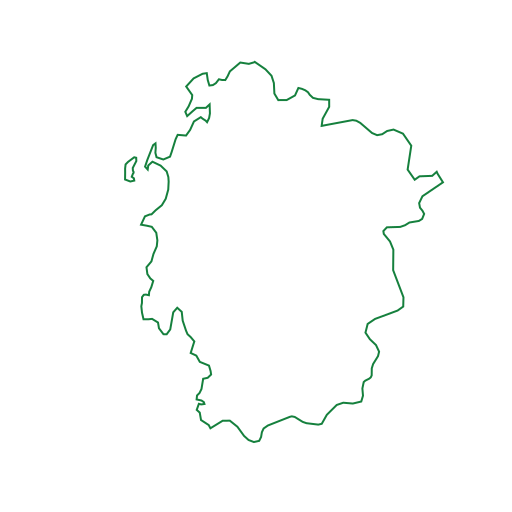 map outline of Var (Mercator projection), rotated 115°
{"feature_id": "FRA-5351", "entity_name": "Var", "entity_type": "Metropolitan department", "adm_level": 1, "iso_a3": "FRA", "parent_name": "France", "parent_adm1": "", "projection": "mercator", "projection_center": [6.264, 43.397], "detail": "fine", "context": "isolated", "style": "outline", "palette": "green", "viewbox_px": 512, "rotation_deg": 115, "n_neighbors": 0, "source": "natural_earth", "source_scale": "10m", "svg_char_len": 2958}
<svg xmlns="http://www.w3.org/2000/svg" viewBox="0 0 512 512"><g transform="rotate(115 256 256)"><path d="M431.4,224.5L429.2,227.4L427.9,236.5L421.7,240.8L420.5,244.7L414.1,245.3L413.7,243.0L412.9,241.7L411.9,240.2L410.5,241.5L410.0,244.3L411.1,249.2L407.3,250.5L404.1,249.3L399.6,249.2L389.6,252.0L386.8,248.3L382.4,246.6L379.5,248.5L375.2,252.3L375.7,262.2L371.5,268.0L371.5,274.2L364.9,275.1L359.5,275.8L357.1,280.9L355.8,285.0L353.2,287.9L345.6,295.1L338.0,299.7L336.2,305.5L342.0,307.2L358.8,302.7L364.7,303.9L366.0,306.8L362.5,313.4L357.7,316.7L356.9,323.6L358.7,326.6L360.9,331.2L355.5,335.4L350.0,338.7L346.8,339.5L341.5,341.9L338.6,341.3L337.5,339.5L336.8,336.5L333.5,337.7L328.6,337.7L322.0,338.6L321.0,342.3L318.3,346.8L312.5,350.5L305.1,348.5L297.4,349.8L289.2,350.0L283.5,352.0L277.1,356.2L273.6,362.8L274.7,367.8L276.2,373.4L267.0,373.4L263.3,369.9L262.4,368.3L257.0,366.3L249.8,362.8L242.3,362.0L232.9,363.6L225.5,366.6L221.5,368.8L217.1,372.7L214.4,380.6L214.3,389.7L219.5,391.9L223.4,390.7L221.9,394.3L214.8,395.1L199.0,396.1L196.4,394.7L200.5,392.5L205.0,390.8L208.5,387.9L207.7,380.8L202.3,375.9L197.4,376.4L184.2,378.2L179.3,378.2L176.4,370.3L169.5,369.0L160.3,369.1L153.5,364.7L154.1,362.5L154.6,358.8L155.4,356.9L150.8,356.8L146.3,358.0L138.2,362.1L142.9,364.0L146.9,372.5L151.5,374.6L158.3,377.5L155.2,381.0L148.8,380.3L140.6,380.5L137.1,381.8L131.9,390.9L121.4,387.6L113.4,381.4L111.1,377.9L116.9,374.1L121.2,370.3L119.3,367.3L116.3,365.4L111.5,364.3L110.8,361.0L109.5,358.2L105.2,357.7L99.7,357.7L87.3,352.0L84.9,343.7L81.1,339.4L80.6,339.2L82.8,326.3L86.1,318.1L91.7,312.9L101.0,308.0L105.3,301.7L101.7,294.1L94.0,288.5L85.8,288.6L85.1,285.0L85.0,281.4L85.6,278.1L87.2,275.4L88.6,271.2L87.6,266.0L83.5,255.7L89.9,252.7L103.4,253.6L110.3,251.5L92.0,225.9L91.0,222.3L91.3,217.8L95.5,202.8L95.3,197.3L92.3,193.1L87.3,190.0L83.3,184.8L83.0,174.5L90.4,161.9L113.6,155.1L119.8,144.4L114.7,141.5L108.9,130.2L103.3,127.8L104.7,126.2L110.2,117.7L131.5,130.4L139.1,130.5L142.9,127.8L144.6,124.3L146.8,121.4L152.2,121.1L155.4,123.2L160.8,131.1L165.1,133.9L168.7,137.6L174.7,149.5L179.6,151.1L182.0,149.5L186.2,140.7L192.2,134.2L210.9,125.7L231.1,104.9L239.6,101.2L245.6,104.6L262.7,121.5L270.4,126.1L279.2,124.4L283.3,117.6L286.0,109.6L290.7,104.0L295.2,103.1L304.4,104.2L308.9,103.6L315.3,100.7L317.5,100.7L319.4,101.6L322.8,104.3L324.7,105.1L331.1,103.6L337.4,100.0L343.4,99.1L348.8,105.9L352.1,114.9L356.9,119.9L370.0,124.7L380.3,125.5L382.5,128.3L386.2,139.6L386.6,143.6L385.5,152.9L386.2,155.8L387.5,157.4L404.6,173.6L409.1,176.2L413.2,176.2L417.9,174.9L422.2,175.0L425.5,179.3L425.9,185.0L424.1,190.8L418.6,200.7L416.3,210.1L419.4,216.6L431.4,224.5L431.4,224.5ZM237.2,399.5L239.1,398.2L241.6,401.4L242.0,407.0L235.8,409.8L232.0,411.6L228.1,412.9L224.7,411.7L218.0,408.1L217.6,406.1L220.5,404.6L228.3,404.9L230.7,403.6L231.6,402.4L232.5,402.1L233.3,402.3L236.7,402.1L237.2,399.5Z" fill="none" stroke="#15803d" stroke-width="2"/></g></svg>